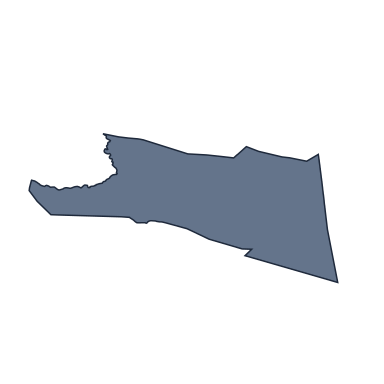 San Bartolomé Yucuañe, Oaxaca, Mexico (Equal Earth projection), rotated 101°
{"feature_id": "50627088B7651687124924", "entity_name": "San Bartolomé Yucuañe", "entity_type": "district", "adm_level": 2, "iso_a3": "MEX", "parent_name": "Mexico", "parent_adm1": "Oaxaca", "projection": "equal_earth", "projection_center": [-97.458, 17.213], "detail": "fine", "context": "isolated", "style": "filled", "palette": "slate", "viewbox_px": 384, "rotation_deg": 101, "n_neighbors": 0, "source": "geoboundaries", "source_scale": "gbopen_adm2", "svg_char_len": 3387}
<svg xmlns="http://www.w3.org/2000/svg" viewBox="0 0 384 384"><g transform="rotate(101 192 192)"><path d="M253.0,31.7L203.0,51.9L184.6,57.8L184.2,57.9L183.9,58.0L183.1,58.3L182.8,58.3L182.4,58.5L181.2,58.9L180.6,59.0L180.1,59.2L179.9,59.3L178.7,59.7L177.1,60.2L175.3,60.7L169.6,62.5L168.9,62.8L168.3,63.0L166.9,63.4L165.2,64.0L164.2,64.3L163.9,64.4L163.1,64.6L161.0,65.3L157.8,66.3L156.8,66.6L155.8,67.0L154.7,67.3L153.9,67.6L152.8,68.0L151.7,68.3L145.1,70.5L144.6,70.6L143.9,70.9L141.6,71.6L139.9,72.2L137.5,73.0L137.2,73.1L136.7,73.2L136.3,73.4L135.8,73.5L135.7,73.6L134.2,74.1L132.7,74.6L131.7,75.0L131.0,75.2L139.9,85.3L139.8,102.6L140.4,110.3L139.4,134.4L137.1,147.3L140.5,149.9L141.1,150.3L146.5,154.4L147.1,155.0L149.4,156.7L149.9,157.1L150.6,157.6L150.7,158.9L150.7,159.0L151.7,171.6L152.8,184.3L153.6,190.3L155.4,203.4L150.1,249.8L150.1,253.3L150.2,255.5L151.2,264.9L151.9,274.6L151.8,290.5L152.7,288.6L153.1,287.3L153.6,286.7L155.2,286.6L155.9,285.8L156.2,284.8L156.6,283.4L157.0,282.0L158.3,282.3L159.1,283.6L160.1,284.1L161.2,283.8L162.0,283.9L162.9,284.6L163.7,284.5L164.8,283.7L165.9,283.1L166.3,282.9L166.7,283.7L166.1,284.8L166.3,285.5L166.8,285.8L167.5,285.9L168.5,286.1L169.6,285.5L170.1,284.6L170.5,283.4L170.6,281.6L170.0,280.2L170.6,279.3L171.3,278.9L171.6,278.9L172.4,279.5L173.2,279.8L174.1,279.6L174.9,278.5L174.8,277.7L174.7,277.2L175.0,276.6L175.8,276.3L176.5,276.4L177.2,276.6L177.7,276.2L178.0,275.6L177.9,275.2L178.1,275.2L178.8,275.2L179.4,274.9L180.5,275.4L181.2,274.5L181.6,273.8L182.2,273.0L182.7,272.1L183.0,271.3L184.2,270.3L185.0,269.8L186.9,269.8L187.2,269.9L187.6,269.8L188.0,269.1L188.5,269.1L189.2,269.5L189.3,270.3L189.3,270.5L189.7,271.4L190.2,272.8L190.9,273.6L191.2,274.0L191.9,274.6L192.5,275.0L193.1,275.4L193.6,275.5L193.9,275.5L194.3,275.8L194.8,276.4L195.3,277.1L195.6,277.6L196.0,278.1L196.5,278.5L197.2,278.8L197.6,278.9L197.8,279.1L198.1,279.5L198.4,280.2L198.7,280.9L199.2,281.2L199.9,281.6L200.5,281.8L201.3,284.0L202.0,285.5L202.7,286.6L203.0,287.5L203.6,287.6L204.0,287.9L204.1,288.6L205.0,289.6L205.6,291.8L206.2,293.0L206.6,292.9L207.0,293.0L207.2,293.3L207.4,294.3L207.4,294.7L207.1,295.1L206.1,295.7L205.5,295.9L205.5,297.4L205.6,298.3L205.8,298.9L206.4,299.5L207.4,300.3L208.9,301.4L209.1,302.1L208.6,303.7L208.5,304.5L208.4,305.5L208.6,306.4L208.8,306.9L209.1,307.7L209.4,308.4L209.8,309.1L210.4,310.0L210.9,310.8L211.3,311.5L211.6,312.3L211.7,313.0L211.6,313.5L211.7,315.0L211.7,315.8L211.9,316.6L212.1,317.2L212.5,318.1L212.9,318.6L213.4,319.0L213.7,319.4L214.1,320.2L214.5,321.0L214.9,321.7L215.2,322.3L215.4,323.1L215.2,324.4L214.5,325.8L214.0,326.8L213.7,327.4L213.4,328.3L213.6,329.0L213.9,330.4L214.3,331.5L214.3,331.9L213.5,333.9L213.3,335.3L213.2,335.8L213.3,336.2L213.8,337.0L214.5,337.6L214.7,338.0L214.6,338.8L214.5,340.2L214.3,341.3L213.9,342.6L213.3,343.3L212.9,344.4L211.9,346.5L211.7,347.3L211.2,348.5L211.2,349.7L211.0,351.7L211.3,351.8L218.9,352.3L221.7,352.1L230.7,342.2L237.9,331.2L241.2,326.2L240.0,318.6L229.8,256.6L228.8,248.4L229.2,247.9L230.7,244.1L232.0,242.0L232.7,240.3L232.3,237.8L231.8,235.7L231.4,233.6L231.1,232.2L231.4,231.0L230.7,230.1L229.6,229.6L228.8,228.6L228.2,227.5L227.9,226.2L227.7,224.5L227.4,222.4L227.6,221.1L227.5,218.1L227.1,215.9L227.3,211.7L229.0,189.8L235.1,166.1L238.3,131.9L236.8,122.5L244.4,127.8L253.0,31.7Z" fill="#64748b" stroke="#1e293b" stroke-width="1.5"/></g></svg>